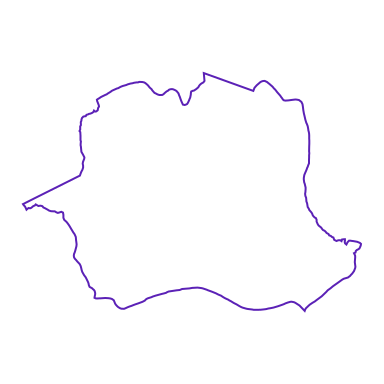 Curralinho, Pará, Brazil (Robinson projection)
{"feature_id": "56859067B52870211786436", "entity_name": "Curralinho", "entity_type": "district", "adm_level": 2, "iso_a3": "BRA", "parent_name": "Brazil", "parent_adm1": "Pará", "projection": "robinson", "projection_center": [-49.994, -1.568], "detail": "fine", "context": "isolated", "style": "outline", "palette": "violet", "viewbox_px": 384, "rotation_deg": 0, "n_neighbors": 0, "source": "geoboundaries", "source_scale": "gbopen_adm2", "svg_char_len": 5287}
<svg xmlns="http://www.w3.org/2000/svg" viewBox="0 0 384 384"><path d="M142.5,301.8L144.8,300.6L145.7,299.6L146.6,298.9L148.1,298.2L151.4,297.2L152.9,296.5L155.7,295.6L160.1,294.4L161.9,293.9L163.2,293.6L165.9,292.9L167.2,292.1L168.7,291.5L176.7,290.3L179.7,290.0L182.1,289.0L189.5,288.4L192.3,287.9L197.4,287.6L199.2,287.8L201.5,288.1L202.8,288.4L206.7,289.7L207.8,290.2L211.7,291.6L215.9,293.3L218.4,294.6L221.1,295.7L222.5,296.7L223.8,297.5L225.4,298.4L228.3,299.7L229.3,300.4L230.9,301.2L233.8,303.0L236.6,304.4L239.4,306.1L241.1,307.0L242.5,307.6L246.0,308.6L247.3,308.9L248.8,309.1L252.2,309.5L253.7,309.8L258.0,309.8L261.0,309.7L262.8,309.5L264.6,309.3L266.1,309.1L268.4,308.5L270.4,308.2L273.4,307.6L278.1,306.2L282.4,304.7L284.0,304.1L285.4,303.4L287.9,302.5L290.4,301.8L291.5,301.7L294.0,302.2L295.3,302.8L299.5,305.5L304.7,310.9L305.2,309.5L305.9,308.3L308.6,305.7L309.7,304.7L312.5,302.8L313.7,302.1L314.9,301.4L316.4,300.2L320.2,297.4L321.7,296.3L326.3,291.9L327.7,290.3L330.5,288.3L331.8,287.2L333.0,286.2L336.4,283.8L337.4,283.1L342.4,279.5L343.9,278.7L348.0,277.5L349.0,276.7L350.0,276.0L351.0,274.8L352.2,273.6L354.0,271.1L355.2,268.0L355.4,266.7L354.8,262.1L355.2,257.1L355.1,255.5L354.0,253.2L355.5,252.5L355.8,251.0L356.8,250.0L357.9,249.5L359.4,248.5L360.3,246.6L360.8,245.2L361.0,243.9L359.9,242.9L357.2,241.8L353.4,241.1L351.7,240.9L350.5,240.7L349.0,240.7L347.5,242.3L346.4,244.5L345.1,243.4L344.7,242.0L345.0,240.5L344.9,239.2L343.4,239.3L342.0,239.5L341.5,241.1L340.2,240.2L338.2,240.3L336.5,241.0L334.2,239.8L333.4,237.5L332.0,237.0L330.8,235.9L329.2,235.4L328.5,234.0L326.6,233.0L325.6,231.7L324.5,230.7L323.1,230.1L322.2,229.1L321.2,227.6L318.6,225.5L317.8,224.3L316.6,221.6L316.6,219.8L315.9,218.1L314.7,217.5L313.6,216.4L312.8,215.4L312.1,213.5L311.3,212.3L309.3,210.0L308.8,208.7L307.7,207.0L307.1,203.3L306.4,201.4L306.3,200.0L306.1,197.7L305.4,196.0L305.1,193.8L305.4,192.1L305.6,189.3L305.6,187.5L304.7,183.7L304.2,182.4L303.8,179.5L303.8,178.0L304.3,175.0L305.0,173.3L306.0,171.0L306.7,169.3L307.1,168.0L307.7,166.8L308.3,165.0L309.0,163.4L309.0,159.9L309.1,157.4L309.1,155.3L309.3,153.2L309.1,151.4L309.2,146.2L309.3,143.8L309.3,140.4L309.2,138.8L309.2,135.6L309.1,133.7L308.8,131.9L308.4,130.5L308.2,128.9L307.7,126.2L306.9,124.0L306.3,122.8L305.3,119.5L305.0,118.1L304.4,115.5L303.9,113.5L303.3,110.1L302.9,106.7L302.5,104.2L301.4,101.9L298.9,100.0L296.6,99.6L295.4,99.5L292.0,99.9L288.4,100.4L285.3,100.6L283.6,100.2L282.7,99.2L282.0,98.1L281.2,97.1L280.2,95.6L277.2,92.2L276.2,90.9L275.1,89.5L273.9,88.4L273.0,87.2L271.8,86.0L270.6,85.0L269.5,84.0L268.2,83.0L267.2,82.1L264.7,80.9L263.1,81.0L262.0,81.3L260.5,82.0L256.7,85.3L254.5,87.8L253.3,90.9L203.8,73.1L204.5,80.9L203.4,82.4L202.1,83.1L201.0,83.8L199.9,84.8L199.0,86.0L198.3,87.3L196.2,89.1L193.9,90.6L192.7,90.8L191.2,91.5L190.9,92.9L190.8,94.6L190.2,97.6L189.6,98.9L189.0,100.5L187.9,102.8L187.1,104.0L185.7,104.7L184.6,105.0L182.9,104.6L181.4,101.3L180.4,98.6L180.0,97.3L178.9,94.7L178.5,93.4L177.6,92.3L176.7,91.2L175.6,90.4L174.1,89.7L172.8,89.2L171.6,89.1L170.2,89.3L168.9,89.8L168.0,90.7L166.6,91.4L164.7,93.0L163.6,94.1L162.4,94.9L161.2,95.0L159.4,95.0L158.0,94.6L156.7,94.0L155.7,93.4L154.5,92.9L152.3,90.4L151.5,89.1L150.4,88.2L149.4,87.2L148.5,86.0L147.5,84.9L145.4,83.1L144.1,82.4L142.3,82.0L139.2,81.9L138.0,82.4L136.6,82.4L135.2,82.6L133.9,82.8L132.7,83.2L130.3,83.6L127.6,84.4L126.3,85.0L122.7,86.0L120.9,86.7L119.5,87.4L118.4,88.1L116.9,88.5L112.7,90.4L111.7,90.9L110.6,91.8L107.8,93.5L106.6,94.4L105.5,94.8L104.3,95.4L101.8,96.6L100.5,97.3L99.6,98.0L97.9,99.0L96.9,99.7L97.2,101.2L97.7,102.4L98.8,105.3L99.0,106.6L98.1,108.0L97.7,110.3L96.3,111.4L95.1,111.6L94.0,110.6L93.5,111.8L92.5,112.7L91.2,113.3L90.1,113.7L88.9,113.9L87.8,114.5L86.5,114.8L85.7,116.2L84.5,116.3L83.3,116.6L82.0,118.0L81.5,119.4L81.4,120.7L80.8,122.1L80.9,125.1L80.2,126.4L80.2,129.6L79.5,131.0L80.3,132.1L80.4,134.2L80.5,135.6L80.5,140.2L80.9,141.4L80.7,143.3L80.6,145.1L80.9,146.6L81.4,151.8L83.0,154.6L84.4,157.4L84.2,158.8L83.0,161.9L82.7,163.7L83.1,165.6L83.1,167.6L82.4,169.8L81.4,171.6L80.6,173.6L79.9,175.6L34.7,198.2L23.0,204.1L23.8,205.3L25.0,206.5L25.8,208.1L26.5,209.7L27.5,208.8L28.6,208.0L30.1,208.3L31.3,207.8L33.3,206.1L34.8,205.5L35.7,204.4L37.2,205.3L38.4,206.0L39.5,205.8L40.7,205.7L42.4,206.2L43.4,207.5L44.6,208.0L47.7,209.7L49.1,210.6L51.0,211.2L52.8,211.3L54.7,211.3L56.3,212.3L57.8,212.9L59.0,212.6L61.3,211.8L63.0,212.6L63.4,214.8L63.4,217.8L64.2,219.8L66.5,221.9L67.7,223.4L69.1,225.4L69.9,226.7L71.3,229.1L72.4,230.9L73.4,232.6L74.2,233.6L75.0,235.1L75.8,237.0L76.1,240.5L76.3,241.8L76.6,244.3L76.4,246.3L75.3,250.5L74.7,252.4L74.0,254.1L73.8,255.8L74.1,257.5L75.1,259.0L76.0,259.9L77.2,261.4L78.9,263.2L79.8,264.2L80.7,266.1L81.2,268.0L81.7,270.2L82.3,272.0L84.1,275.2L85.7,277.3L86.6,279.1L88.1,282.2L88.6,283.7L88.8,285.0L89.6,286.9L90.7,287.5L91.9,288.1L92.9,289.1L93.9,289.9L94.7,291.1L95.2,293.2L95.1,294.6L94.7,296.5L94.5,297.8L95.8,298.4L97.1,298.5L98.3,298.4L100.9,298.3L105.2,298.0L108.6,298.2L110.5,298.5L112.0,299.0L113.8,300.3L115.0,303.3L115.6,304.4L117.0,306.0L118.2,307.1L120.2,308.3L121.5,308.7L124.1,308.8L125.6,308.2L127.5,307.3L129.8,306.4L131.4,305.9L133.6,305.0L135.5,304.3L137.9,303.5L142.5,301.8Z" fill="none" stroke="#5b21b6" stroke-width="2"/></svg>